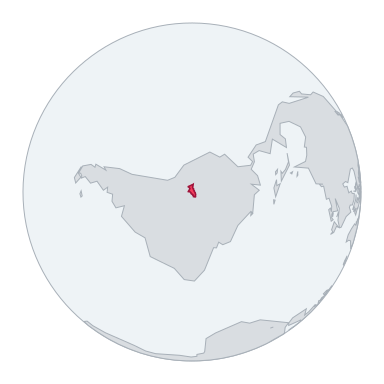 the Earth from above Pando, rotated 96°
{"feature_id": "BOL-1938", "entity_name": "Pando", "entity_type": "Department", "adm_level": 1, "iso_a3": "BOL", "parent_name": "Bolivia", "parent_adm1": "", "projection": "orthographic", "projection_center": [-66.899, -11.088], "detail": "fine", "context": "on_globe", "style": "filled", "palette": "rose", "viewbox_px": 384, "rotation_deg": 96, "n_neighbors": 0, "source": "natural_earth", "source_scale": "10m", "svg_char_len": 7373}
<svg xmlns="http://www.w3.org/2000/svg" viewBox="0 0 384 384"><g transform="rotate(96 192 192)"><circle cx="192" cy="192" r="169" fill="#eef3f6" stroke="#a8b0b8"/><path d="M143.6,30.1L148.5,29.7L151.4,28.7L155.6,28.5L160.4,27.5L160.2,28.1L164.3,26.8L163.6,26.5L165.2,25.9L168.0,25.5L168.1,26.0L166.8,26.3L168.3,26.3L167.1,26.8L169.3,26.3L169.1,27.4L173.4,25.7L176.8,26.1L175.6,27.0L170.3,27.6L154.3,33.1L151.4,35.1L152.6,36.9L166.4,38.0L165.5,40.4L168.2,42.9L171.2,41.0L170.1,38.4L176.4,36.0L174.4,33.7L176.6,32.6L176.7,30.4L182.6,30.1L188.2,31.2L188.4,33.2L190.8,33.9L195.4,31.9L200.3,36.1L211.5,40.0L212.2,41.5L204.9,43.9L192.9,43.8L183.5,48.9L195.5,45.2L196.9,49.8L199.7,50.6L203.0,50.4L204.8,48.7L206.5,50.5L195.3,54.2L193.6,52.7L197.1,51.3L191.5,51.6L183.9,55.1L185.2,57.6L172.4,61.7L173.2,63.8L170.9,66.2L170.5,62.5L170.9,69.5L156.1,78.7L156.4,92.8L149.7,82.3L143.4,81.7L135.6,82.8L135.5,85.0L125.5,84.7L115.9,90.9L111.6,102.9L114.5,111.6L125.7,110.4L129.4,104.7L137.9,102.7L131.0,117.6L145.7,118.3L143.8,129.6L147.9,135.1L155.4,133.1L163.2,135.5L168.9,128.5L178.0,124.7L178.0,133.9L183.2,125.3L188.2,129.7L206.5,129.4L205.1,131.4L220.5,142.9L237.3,148.6L241.2,155.9L239.1,160.2L245.0,161.8L245.1,164.7L268.4,171.4L280.3,180.3L279.9,190.6L269.8,201.6L260.6,226.8L242.5,233.9L237.8,244.4L223.6,259.6L212.7,257.8L215.7,266.0L209.6,270.6L202.5,270.7L201.2,276.4L196.0,276.4L199.5,280.3L191.2,287.6L193.8,293.8L187.8,299.8L189.7,303.4L187.4,303.3L185.0,304.7L184.9,306.7L177.5,303.4L175.1,295.3L177.5,291.1L174.4,290.5L179.3,279.9L176.1,282.1L176.3,266.4L180.7,253.5L182.9,217.5L179.2,210.6L166.1,202.9L150.4,178.4L154.4,168.0L151.0,163.5L162.1,149.0L159.3,136.5L155.4,134.9L151.5,139.9L138.5,133.1L134.2,124.3L96.3,115.2L92.9,111.6L93.7,104.6L85.5,86.1L87.0,104.7L83.0,101.8L80.6,95.7L83.0,93.3L82.9,84.2L79.9,82.0L83.3,71.4L96.7,56.9L97.0,58.1L100.2,54.9L100.0,53.5L99.1,53.4L109.8,44.5L110.0,44.3L120.8,38.8L132.1,34.0L143.6,30.1ZM155.1,97.9L171.9,104.3L162.1,105.7L164.0,104.2L159.8,101.4L151.9,99.2L143.4,101.5L155.1,97.9ZM163.4,89.3L160.4,88.9L163.4,88.7L163.4,89.3ZM98.1,53.7L99.6,53.7L98.5,56.0L96.9,56.1L98.1,53.7ZM100.7,50.4L102.4,49.6L98.7,52.4L98.9,52.0L100.7,50.4ZM173.5,30.8L175.1,30.6L174.3,31.0L173.5,30.8ZM172.1,30.1L170.0,30.8L169.0,30.6L170.3,30.2L172.1,30.1ZM174.9,29.3L167.5,30.2L165.9,30.0L169.4,28.2L174.9,29.3ZM162.2,26.6L163.0,26.9L159.7,27.2L162.2,26.6ZM159.7,27.0L147.2,29.5L147.4,29.1L151.5,28.2L149.6,28.5L155.8,27.0L158.2,26.5L156.9,26.9L160.3,26.1L159.7,27.0ZM165.6,25.7L163.0,26.1L163.0,25.8L168.0,25.0L166.4,25.3L165.6,25.7ZM155.9,26.9L155.4,27.0L155.9,26.9ZM167.9,25.2L170.6,24.6L173.2,24.5L168.0,25.4L167.9,25.2ZM160.8,26.1L161.1,26.0L162.6,25.7L160.8,26.1ZM183.9,24.1L180.9,24.2L180.6,24.0L183.9,24.1ZM171.4,24.5L170.5,24.6L170.1,24.6L172.4,24.3L171.4,24.5ZM165.5,25.1L163.2,25.5L165.5,25.1ZM173.3,24.1L176.1,23.9L181.8,23.5L182.2,23.7L173.0,24.3L173.3,24.1ZM168.7,24.7L171.7,24.3L170.7,24.4L168.1,24.8L168.7,24.7ZM175.5,23.8L175.2,23.9L175.5,23.8ZM189.9,310.5L178.2,304.7L184.7,307.3L188.9,304.1L195.2,308.6L189.9,310.5ZM202.4,302.4L207.4,300.8L208.7,301.9L205.5,303.3L202.4,302.4ZM316.1,77.4L309.1,70.4L308.0,70.6L314.6,81.9L312.2,82.1L306.6,78.7L296.2,66.1L302.6,67.1L298.9,63.4L290.8,57.5L293.4,58.6L290.9,56.5L292.6,57.0L288.3,53.3L288.9,53.6L298.6,60.9L307.6,68.8L316.1,77.4ZM335.5,281.3L332.0,285.8L331.4,282.8L335.3,276.7L341.0,263.5L350.6,233.4L355.0,221.4L356.6,211.2L355.7,187.2L356.2,175.6L354.9,170.0L353.0,170.1L351.0,163.5L349.4,162.7L336.3,162.7L329.7,153.8L315.8,129.3L316.4,120.9L312.0,110.8L311.9,82.3L316.9,85.2L322.6,85.3L324.2,87.0L329.0,93.8L335.0,102.0L340.9,112.2L346.1,122.8L350.6,133.7L354.3,144.9L357.2,156.4L359.2,168.0L360.5,179.8L361.0,191.6L360.6,203.4L359.4,215.1L357.4,226.7L354.5,238.2L350.9,249.4L346.5,260.4L341.3,271.0L335.5,281.3ZM317.8,97.0L319.2,99.9L317.8,97.0ZM207.1,129.3L209.3,131.1L206.4,131.1L207.1,129.3ZM160.5,109.3L164.2,109.3L166.0,110.6L163.2,111.1L160.5,109.3ZM191.4,108.5L195.7,109.3L191.2,110.0L191.4,108.5ZM174.6,105.2L188.0,108.3L179.4,111.0L170.9,109.2L176.8,108.3L174.6,105.2ZM161.3,94.1L163.6,94.6L162.8,96.1L161.3,94.1ZM165.5,89.2L164.6,89.3L163.6,88.2L165.5,89.2ZM197.6,49.6L198.6,49.3L201.9,49.5L200.2,50.3L197.6,49.6ZM217.4,46.8L219.7,49.8L216.9,47.9L215.0,49.2L206.7,47.4L212.1,42.2L211.1,44.7L217.4,46.8ZM197.2,44.2L201.8,45.5L196.5,44.3L197.2,44.2ZM275.1,46.5L277.9,47.9L280.5,49.8L279.5,50.7L275.7,47.7L275.1,46.5ZM281.3,49.5L270.8,43.3L271.0,43.0L272.6,44.1L273.8,44.5L276.8,46.5L287.2,52.9L290.2,55.1L286.8,54.6L286.3,53.3L283.5,51.9L281.3,49.5ZM243.7,32.6L239.2,31.1L245.5,32.1L249.0,33.4L248.2,34.0L243.7,32.8L243.7,32.6ZM182.6,26.5L180.5,26.8L180.4,26.5L182.2,26.1L182.6,26.5ZM182.5,24.2L191.9,25.5L190.0,25.7L197.8,26.8L195.7,28.0L190.7,27.1L194.9,29.2L189.5,28.9L193.0,30.4L182.0,28.4L177.3,28.6L183.4,27.8L185.5,26.6L185.0,26.1L180.0,25.2L171.0,25.7L171.6,25.0L174.4,24.4L176.7,24.2L175.6,24.6L179.4,24.1L179.5,24.5L182.5,24.2ZM225.6,26.4L225.3,26.4L228.3,27.1L226.4,26.7L231.7,28.0L227.6,27.1L229.1,27.6L232.3,28.2L224.0,29.2L223.6,31.1L225.6,33.4L218.3,32.2L211.8,29.5L206.7,26.9L208.0,25.5L204.5,25.5L204.1,25.0L207.0,25.2L202.2,24.6L202.7,24.3L198.1,23.4L190.9,23.3L189.0,23.2L192.1,23.1L188.1,23.1L190.9,23.0L208.4,23.8L225.6,26.4ZM186.9,23.1L187.0,23.1L182.5,23.5L176.8,23.8L178.6,23.6L179.1,23.5L180.7,23.4L180.0,23.5L186.9,23.1ZM325.6,88.6L322.7,85.0L323.3,85.7L323.4,85.8L325.6,88.6ZM315.3,77.0L315.4,76.9L319.4,81.4L318.7,80.9L315.3,77.0ZM312.0,73.3L315.1,76.5L313.0,74.5L312.0,73.3Z" fill="#d9dde1" stroke="#a8b0b8" stroke-width="1"/><path d="M196.2,187.9L196.3,187.9L196.5,188.0L196.6,188.3L196.6,188.5L196.5,188.8L196.6,189.1L196.6,189.3L196.6,189.5L196.4,189.8L196.4,190.0L196.2,190.0L195.7,190.4L195.6,190.5L195.4,190.5L195.4,190.4L195.3,190.5L195.3,190.8L195.2,190.9L194.9,190.8L194.9,191.0L194.7,191.1L194.4,191.2L194.3,191.3L194.5,191.4L194.4,191.4L194.4,191.5L194.2,191.7L194.2,191.8L194.2,192.0L194.0,192.3L193.9,192.4L193.8,192.5L193.7,192.8L193.4,192.9L193.2,193.0L192.7,193.0L192.6,193.3L192.5,193.5L192.4,193.7L192.3,193.8L192.2,193.8L192.0,194.0L191.9,194.2L191.8,194.3L191.9,194.5L192.0,194.6L192.1,194.9L192.0,195.0L192.0,195.3L192.0,195.5L191.9,195.5L192.0,195.6L192.0,195.8L191.9,195.8L189.0,194.4L188.9,194.4L188.9,194.5L188.7,194.6L188.3,194.7L188.2,194.8L188.1,195.1L187.7,195.4L187.6,195.5L187.5,195.8L187.4,196.0L187.3,195.9L187.2,195.9L187.1,196.1L186.9,196.2L186.5,195.5L186.2,195.0L185.9,194.4L185.6,193.9L185.2,193.4L184.9,192.8L184.6,192.3L184.3,191.8L184.3,191.7L184.2,191.6L184.5,191.6L184.8,191.6L185.0,191.6L185.5,191.7L185.9,191.8L186.0,191.8L186.3,191.8L186.5,191.7L186.6,191.8L186.5,192.0L187.0,192.1L187.3,191.9L187.5,191.9L187.9,191.8L187.9,191.7L188.0,191.7L188.2,191.3L188.4,191.1L188.5,190.9L188.7,190.7L188.8,190.7L188.9,190.8L189.2,190.7L189.3,190.7L189.3,190.8L189.5,190.9L189.7,190.7L189.8,190.6L189.9,190.4L190.0,190.3L190.2,190.2L190.3,190.2L190.5,190.0L190.5,189.9L190.8,189.7L191.0,189.7L191.1,189.8L191.2,189.7L191.3,189.6L191.5,189.5L192.0,189.1L192.4,188.8L192.4,188.7L192.7,188.6L192.8,188.5L193.1,188.4L193.3,188.5L193.4,188.4L193.5,188.4L193.9,188.3L194.0,188.2L194.3,188.2L194.5,188.2L194.8,188.1L195.0,188.2L195.3,188.1L195.5,188.1L195.4,188.1L195.5,188.2L195.7,188.3L195.8,188.3L195.9,188.2L196.0,188.2L196.2,187.9L196.2,187.9Z" fill="#f43f5e" stroke="#9f1239" stroke-width="1.5"/></g></svg>